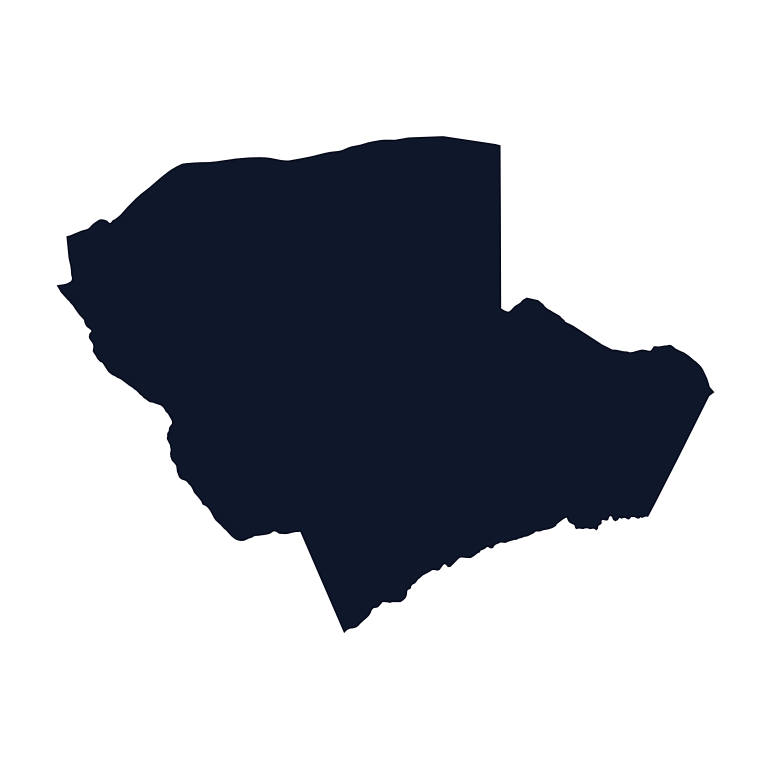 Tarbaj, North-Eastern, Kenya (Mercator projection), rotated 92°
{"feature_id": "3690345B53726856133736", "entity_name": "Tarbaj", "entity_type": "district", "adm_level": 2, "iso_a3": "KEN", "parent_name": "Kenya", "parent_adm1": "North-Eastern", "projection": "mercator", "projection_center": [40.301, 2.381], "detail": "fine", "context": "isolated", "style": "filled", "palette": "ink", "viewbox_px": 768, "rotation_deg": 92, "n_neighbors": 0, "source": "geoboundaries", "source_scale": "gbopen_adm2", "svg_char_len": 6128}
<svg xmlns="http://www.w3.org/2000/svg" viewBox="0 0 768 768"><g transform="rotate(92 384 384)"><path d="M248.0,705.7L269.0,702.9L277.1,700.8L281.5,700.1L284.8,699.8L286.3,699.5L286.8,699.5L287.6,699.0L290.0,698.7L291.2,699.1L292.6,699.8L293.3,700.7L294.5,702.6L295.1,703.6L296.3,707.4L296.9,711.4L297.4,713.4L298.8,712.3L303.1,709.7L310.5,702.6L311.6,701.2L312.7,700.2L313.1,700.1L316.2,696.9L318.7,695.3L323.8,691.4L325.6,689.9L329.7,685.7L330.9,685.2L332.8,684.8L334.2,684.1L335.1,683.7L336.3,682.8L336.9,682.3L339.2,678.9L340.2,677.8L341.3,677.4L342.4,677.9L344.2,679.4L344.8,679.6L347.3,679.9L348.7,679.4L352.9,676.2L354.3,675.5L356.6,675.0L359.9,675.3L360.6,675.5L361.3,675.4L362.6,674.7L366.0,672.1L367.0,671.7L368.4,670.8L370.8,668.4L371.3,667.7L371.7,666.2L372.1,665.7L372.8,665.1L379.1,660.8L381.3,659.1L382.1,657.9L383.5,656.1L384.0,655.3L384.2,654.6L385.4,652.0L386.4,650.5L387.5,647.5L389.5,644.4L392.7,639.9L392.9,639.4L393.4,639.0L396.1,634.5L397.4,633.0L398.6,631.0L400.3,629.2L400.6,628.7L401.1,628.4L402.6,626.9L403.2,625.9L404.2,624.6L405.6,623.4L407.6,620.2L409.0,618.4L409.7,616.9L409.9,614.3L410.6,612.4L412.3,606.5L413.4,604.7L414.2,603.7L415.8,602.4L418.9,600.5L420.3,598.9L421.5,597.9L424.5,596.1L426.0,595.1L428.3,593.9L431.1,593.8L431.6,593.9L433.3,595.3L435.4,596.5L436.8,596.7L438.3,596.6L440.9,598.1L442.0,598.2L444.0,598.1L445.6,598.4L446.2,598.4L446.7,598.2L447.0,597.9L447.9,597.5L451.0,595.8L452.0,595.1L454.3,594.8L456.3,594.2L458.0,594.2L460.9,594.6L461.7,594.6L462.3,594.3L463.8,594.3L464.6,593.9L467.3,592.9L469.1,591.1L471.0,589.3L472.6,588.2L473.9,587.9L477.5,587.3L478.2,587.3L482.9,585.4L483.9,584.9L485.1,583.7L485.9,582.3L486.6,579.7L486.9,579.0L487.8,577.4L488.9,576.2L489.7,575.8L491.8,573.5L492.8,572.6L496.2,570.6L497.2,570.3L498.1,569.8L499.3,569.0L502.7,565.7L506.6,562.4L507.8,561.6L509.8,560.8L510.4,560.3L510.8,559.2L511.6,557.3L513.4,555.1L516.3,552.8L523.4,548.7L525.5,547.2L527.0,545.5L530.0,541.9L534.0,538.1L534.3,537.4L534.9,536.6L541.0,530.7L543.7,527.0L544.3,525.6L544.6,524.6L545.1,522.3L545.0,519.4L544.6,518.1L543.3,515.4L542.3,513.7L542.0,512.4L541.2,510.4L540.3,509.4L540.0,508.6L539.6,508.0L539.3,504.2L538.2,498.0L537.5,494.7L537.1,493.7L536.5,492.3L534.4,489.7L534.4,487.9L534.6,486.5L536.6,483.2L536.7,477.0L536.1,473.8L535.5,472.2L534.2,466.7L534.2,464.9L533.7,462.1L633.0,415.0L630.4,412.6L629.4,410.7L628.8,409.1L628.6,406.9L627.7,403.9L626.3,401.9L624.1,400.1L620.3,396.3L617.8,393.5L615.3,391.3L613.0,390.0L610.2,389.1L607.6,387.0L607.1,383.6L606.3,382.2L605.0,381.2L603.2,379.6L601.6,378.8L601.1,376.5L601.4,372.3L601.8,370.3L601.0,368.5L600.7,360.2L599.4,358.3L597.6,356.3L596.2,355.3L594.5,354.7L592.7,354.4L590.1,354.3L588.1,353.5L587.8,352.1L586.8,350.6L585.1,350.6L583.0,349.2L581.5,346.4L579.6,345.0L577.4,343.6L576.1,341.7L574.6,340.4L573.0,338.5L570.5,334.0L569.1,331.7L568.1,330.4L567.4,328.8L567.4,326.9L567.9,324.0L567.2,322.4L562.2,319.0L560.9,317.1L562.0,315.1L564.0,313.5L563.8,311.6L559.1,307.2L555.5,304.0L554.2,302.2L553.9,300.1L554.2,295.3L554.2,291.5L552.1,288.3L549.1,284.8L548.4,283.0L546.5,282.2L545.1,278.8L544.1,277.3L542.5,275.6L542.5,273.9L543.6,272.3L543.8,271.0L543.5,269.8L541.7,269.0L540.2,267.4L539.2,265.6L538.7,264.1L537.6,262.5L537.8,257.0L536.7,255.0L535.0,250.0L534.5,248.0L534.3,246.2L533.2,244.5L532.7,242.7L532.1,240.7L531.1,238.7L530.8,236.6L530.1,234.7L529.0,232.8L527.6,230.0L525.5,227.6L525.3,226.7L525.2,223.0L524.2,220.9L523.5,218.7L523.1,216.0L522.2,213.2L521.3,210.8L519.4,207.9L517.6,207.0L513.8,202.5L512.4,200.7L510.5,197.7L510.5,196.1L514.1,194.6L515.7,193.0L517.2,189.4L518.3,187.9L520.4,187.4L521.5,186.7L521.0,184.8L520.9,183.2L521.2,181.3L521.2,179.7L520.5,178.2L520.4,174.9L521.1,173.3L521.0,172.3L520.5,170.2L520.7,168.2L521.9,166.9L520.9,165.9L517.7,165.5L516.5,163.3L515.1,162.2L514.0,162.7L512.5,162.4L511.2,160.7L511.8,158.6L512.0,157.1L511.6,155.9L509.9,155.4L508.3,154.8L507.3,153.5L507.4,152.2L508.1,151.3L509.4,150.5L511.3,149.7L512.3,148.0L511.3,146.2L508.9,144.5L508.1,143.2L509.1,142.9L509.6,141.9L508.8,140.5L508.6,138.9L508.9,137.5L509.7,136.2L510.1,134.8L509.2,133.8L508.0,133.2L507.6,132.2L507.5,130.3L507.5,128.6L508.3,127.2L509.0,125.2L508.3,124.0L507.3,123.5L507.2,122.7L508.0,121.7L507.6,120.4L506.9,118.9L506.5,117.4L506.7,115.9L494.0,109.7L446.8,87.7L384.2,59.1L380.6,54.6L375.9,59.1L373.2,59.8L367.6,61.8L358.6,66.4L356.3,68.1L354.3,70.0L351.4,73.3L350.2,75.2L345.8,80.7L343.2,84.7L342.2,86.8L341.5,88.9L339.2,94.0L336.1,98.1L335.7,99.2L335.7,100.4L336.4,103.0L336.5,105.0L337.1,107.4L337.5,109.7L337.7,111.7L337.5,114.5L337.8,115.4L340.6,117.0L341.7,117.9L342.2,118.9L342.3,120.4L341.6,124.4L341.4,126.5L341.5,128.1L343.2,133.8L343.8,135.3L344.2,137.4L344.6,139.1L343.9,141.6L343.6,146.6L342.5,152.4L342.4,154.3L342.5,157.0L337.5,167.8L320.1,196.8L318.3,200.5L316.6,204.5L316.0,205.6L315.0,206.1L314.0,207.1L312.0,209.6L310.9,210.5L309.9,211.8L306.7,218.1L305.1,220.7L303.9,223.5L302.0,225.8L300.7,227.1L299.1,228.3L298.0,230.0L296.5,231.8L295.4,233.5L295.2,235.2L294.3,239.7L293.5,244.5L294.5,245.6L295.0,246.7L295.8,247.9L297.9,249.6L299.0,250.8L300.3,252.7L301.4,254.6L303.0,256.4L306.3,259.2L307.5,260.7L308.2,262.2L307.9,263.8L307.4,265.5L306.8,266.9L304.8,270.3L207.3,274.0L142.0,276.6L141.0,281.3L135.0,333.6L137.5,368.0L140.3,381.4L140.6,392.3L141.1,396.2L142.7,403.8L143.9,408.5L146.3,415.6L146.9,418.0L148.5,425.0L149.8,428.3L152.4,433.7L153.0,435.8L153.4,437.5L154.6,445.6L155.7,450.4L160.0,465.6L162.4,476.0L164.6,486.3L164.8,488.4L164.6,493.9L164.2,496.7L162.8,505.3L162.4,510.2L162.4,516.1L163.0,526.4L164.6,540.0L165.6,545.2L167.3,554.9L168.0,558.5L169.1,566.8L169.5,575.1L170.1,581.9L170.9,589.1L171.6,593.1L174.3,598.3L177.4,603.2L179.4,606.0L183.7,611.2L186.8,614.7L189.3,617.4L196.8,625.5L203.0,633.0L206.1,636.2L208.0,638.2L216.5,646.0L224.0,652.2L226.1,654.3L229.4,658.3L230.3,660.2L232.9,662.1L233.6,663.9L232.3,665.6L231.2,666.7L230.1,670.2L230.0,672.5L230.3,673.8L232.1,676.5L233.8,678.8L235.7,680.9L238.9,683.7L239.7,684.8L240.6,686.6L241.3,689.2L242.2,691.8L247.3,703.1L248.0,705.7Z" fill="#0f172a" stroke="#020617" stroke-width="1.5"/></g></svg>